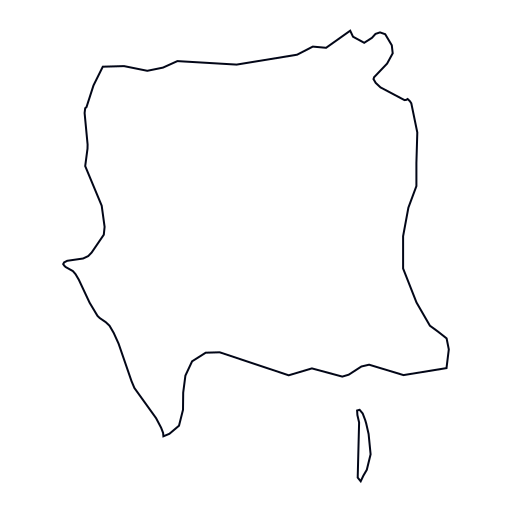 the Province of Artemisa
{"feature_id": "CUB-1429", "entity_name": "Artemisa", "entity_type": "Province", "adm_level": 1, "iso_a3": "CUB", "parent_name": "Cuba", "parent_adm1": "", "projection": "equal_earth", "projection_center": [-82.681, 22.816], "detail": "fine", "context": "isolated", "style": "outline", "palette": "ink", "viewbox_px": 512, "rotation_deg": 0, "n_neighbors": 0, "source": "natural_earth", "source_scale": "10m", "svg_char_len": 1328}
<svg xmlns="http://www.w3.org/2000/svg" viewBox="0 0 512 512"><path d="M85.2,108.2L86.5,107.1L93.5,85.4L102.8,66.7L124.0,66.1L147.3,70.8L163.0,67.6L177.4,61.1L236.6,64.6L297.1,54.7L312.8,46.6L326.1,47.8L350.2,30.7L353.0,36.7L364.2,42.8L372.0,37.8L375.5,33.9L380.0,32.4L385.2,34.2L391.8,45.3L392.7,53.3L387.1,63.6L374.1,77.2L373.5,79.1L375.7,82.9L380.5,87.4L404.5,100.1L406.2,99.9L407.6,99.0L409.9,101.2L411.3,103.3L417.3,132.5L416.4,162.9L416.4,186.1L408.4,207.6L403.1,236.2L403.1,268.5L416.5,302.5L429.9,325.7L438.1,331.7L446.6,338.4L448.8,349.4L446.5,368.1L403.5,375.1L369.1,364.7L361.4,366.5L348.7,374.7L342.3,376.6L311.9,368.4L288.7,375.3L219.7,352.3L205.7,352.7L192.1,361.3L185.4,375.6L183.2,392.6L183.0,409.8L179.0,425.7L169.4,433.8L163.4,436.3L163.1,432.9L161.1,427.7L156.1,418.2L134.4,388.0L131.5,381.1L118.6,343.7L113.7,332.9L109.5,325.7L105.8,322.2L99.8,318.1L97.5,315.9L89.6,302.7L78.8,279.7L75.5,274.1L72.9,271.1L65.6,267.0L64.2,265.6L63.2,264.1L64.1,262.4L67.2,260.8L83.1,258.5L88.2,256.1L91.6,252.6L103.8,234.7L104.6,226.9L101.7,205.7L85.2,166.1L87.5,148.7L87.6,144.6L84.6,113.0L85.2,108.2ZM366.2,423.5L368.6,434.0L370.6,454.3L366.8,469.8L363.4,475.6L360.7,481.3L357.7,477.6L359.1,422.5L357.4,415.1L357.1,410.5L359.6,409.8L362.7,413.5L365.2,420.1L366.2,423.5Z" fill="none" stroke="#020617" stroke-width="2"/></svg>